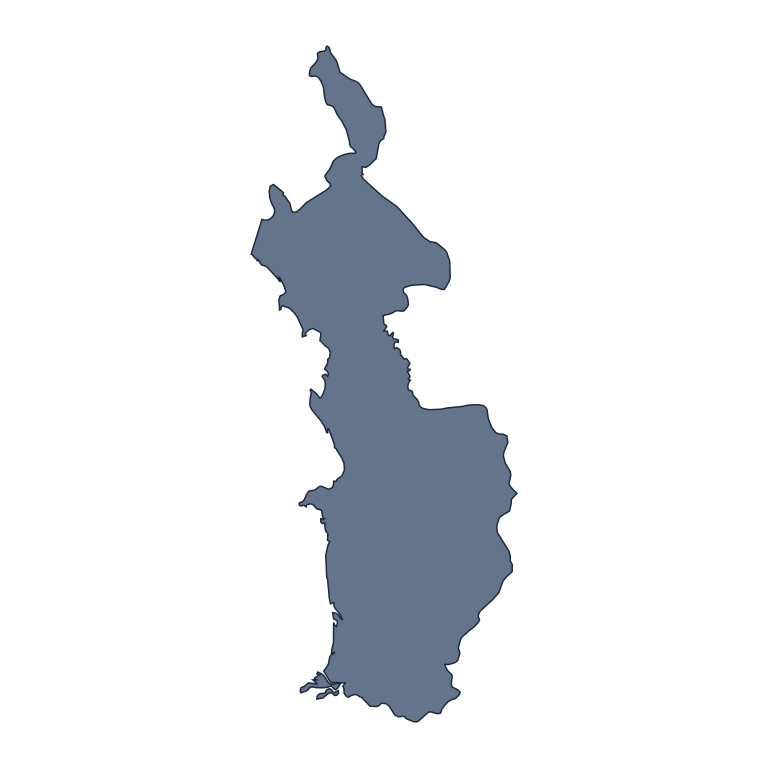 map outline of Chocó (Albers equal-area conic projection)
{"feature_id": "COL-1415", "entity_name": "Chocó", "entity_type": "Department", "adm_level": 1, "iso_a3": "COL", "parent_name": "Colombia", "parent_adm1": "", "projection": "albers", "projection_center": [-77.125, 6.337], "detail": "fine", "context": "isolated", "style": "filled", "palette": "slate", "viewbox_px": 768, "rotation_deg": 0, "n_neighbors": 0, "source": "natural_earth", "source_scale": "10m", "svg_char_len": 6107}
<svg xmlns="http://www.w3.org/2000/svg" viewBox="0 0 768 768"><path d="M310.7,68.0L316.3,62.0L318.0,58.4L317.4,53.3L319.7,51.8L324.3,51.1L325.8,50.0L326.0,47.4L327.0,46.1L329.1,47.4L330.6,52.7L336.6,61.1L340.1,72.4L349.4,78.8L356.6,81.7L358.7,83.2L360.2,85.0L371.8,104.1L374.8,106.4L381.4,107.0L383.2,114.4L384.9,119.5L385.9,131.5L385.0,134.5L384.1,136.0L383.7,138.6L380.9,140.4L379.7,141.8L378.8,144.0L376.2,158.6L369.2,165.2L366.0,167.4L362.1,166.7L362.1,172.6L363.1,174.5L362.3,174.6L361.3,175.6L363.7,179.4L382.1,196.0L396.9,206.6L411.8,222.8L423.3,237.1L430.0,241.8L434.9,242.4L436.9,243.2L444.7,249.7L446.7,252.3L449.7,261.3L450.2,277.5L449.1,281.5L444.3,289.5L441.0,289.2L436.5,287.3L424.7,284.5L412.5,285.1L405.6,287.0L403.5,288.3L402.9,290.3L404.0,293.2L406.3,294.9L407.7,298.8L408.4,304.2L407.7,306.4L406.4,308.1L404.1,310.7L402.8,311.2L396.1,310.7L391.5,313.4L383.2,315.6L383.7,322.4L384.1,324.0L386.2,325.6L386.7,326.9L383.7,330.9L387.3,331.2L388.2,335.0L389.1,335.5L390.6,335.7L390.4,334.9L392.9,332.5L393.5,333.3L392.6,337.1L393.5,338.8L397.8,339.5L398.5,340.2L398.2,342.4L395.5,341.6L394.2,343.9L393.9,346.8L394.7,348.6L396.5,347.6L398.5,348.6L399.9,350.1L400.6,352.1L400.5,354.6L404.4,359.2L406.4,358.5L409.7,362.8L409.8,364.0L407.6,367.4L407.9,368.9L410.3,369.4L409.3,371.0L407.2,371.4L409.7,375.5L409.9,377.1L408.3,379.3L410.3,380.2L409.1,381.6L408.2,384.0L407.8,386.9L408.3,389.2L409.3,390.2L412.2,391.2L413.1,395.2L417.1,399.5L418.6,402.1L419.1,405.0L420.4,406.8L422.4,408.2L426.1,409.2L429.7,409.7L441.1,409.2L447.5,407.9L462.4,406.4L467.0,405.3L472.6,404.8L478.0,404.8L483.0,405.5L485.7,407.4L487.0,409.7L488.3,418.5L491.7,427.5L495.8,432.7L499.3,434.1L503.2,434.2L506.9,436.0L507.8,442.6L503.8,452.4L503.4,455.9L505.2,463.0L510.3,471.7L510.8,475.4L508.9,483.9L511.2,487.6L516.9,493.4L511.4,499.2L511.3,503.0L509.6,511.0L502.1,515.4L499.2,517.8L496.8,526.0L497.2,532.2L509.1,551.5L510.4,556.7L510.2,560.9L512.3,564.6L512.2,571.6L506.4,576.8L502.9,581.1L498.8,592.7L492.9,599.4L480.3,610.9L478.4,614.7L478.2,616.4L479.6,620.1L477.7,623.1L473.3,627.6L469.5,630.3L461.8,637.2L460.6,639.5L458.5,646.9L458.4,648.6L459.5,651.2L459.7,653.8L457.7,660.4L455.8,662.1L453.7,663.1L448.1,664.6L444.8,664.2L444.6,664.6L447.3,670.2L452.0,675.0L452.2,676.2L451.3,683.2L451.9,686.8L457.9,689.9L460.1,692.2L459.6,693.9L459.2,694.9L455.3,698.6L451.8,699.6L448.4,701.4L444.8,705.2L441.5,709.7L440.6,713.1L437.9,713.8L430.8,711.9L429.2,712.0L427.6,712.8L418.3,721.3L416.4,721.9L413.8,721.7L407.4,719.2L405.9,718.4L405.0,716.9L403.1,716.3L398.4,716.8L394.9,715.1L389.0,705.9L385.7,703.5L381.3,703.3L379.3,705.4L376.8,706.5L370.0,706.2L361.5,697.2L359.7,696.8L357.1,694.8L354.3,694.6L351.0,695.6L348.6,697.2L347.6,696.9L346.2,696.1L344.2,693.6L343.9,688.5L342.8,686.2L345.4,682.9L331.0,682.4L329.0,679.9L323.7,671.1L327.8,665.3L328.6,663.1L329.8,656.9L331.2,654.7L334.4,653.2L334.4,652.2L331.5,653.2L331.9,649.1L333.5,642.3L333.6,622.5L334.6,624.9L336.4,626.6L337.5,622.8L337.0,620.6L333.6,618.8L332.6,612.6L335.8,613.1L338.3,614.8L341.4,619.6L342.3,619.6L340.6,615.0L334.5,607.6L333.6,602.7L330.5,603.8L329.3,597.9L327.6,579.4L326.7,577.1L325.8,555.4L327.8,545.8L329.7,541.6L327.6,540.3L327.8,534.0L327.2,532.5L325.8,531.3L325.1,528.5L324.7,522.8L322.6,523.5L321.3,522.8L320.7,521.2L320.8,518.7L321.7,518.7L322.9,519.8L324.7,518.7L323.2,517.8L322.6,516.5L321.6,510.9L320.8,509.9L316.8,508.9L313.0,504.6L311.0,503.9L307.4,504.4L306.5,505.3L306.1,506.9L304.3,505.4L300.1,505.9L299.1,504.3L299.4,503.0L300.7,502.2L302.6,501.9L303.8,500.4L307.2,493.3L308.9,491.1L314.8,490.1L319.2,486.6L321.3,486.2L328.3,489.2L331.6,488.1L332.5,487.2L333.6,484.2L333.6,481.2L336.1,481.3L337.2,479.2L341.9,475.8L344.1,470.9L344.4,469.3L344.0,463.3L341.9,458.2L336.0,448.7L334.5,447.5L334.4,444.4L328.7,428.8L327.7,428.8L327.7,432.7L326.8,432.7L324.5,426.4L320.8,420.7L312.0,410.0L310.5,407.4L309.9,405.3L310.1,399.6L311.2,391.9L310.1,390.1L311.1,389.2L316.4,393.7L319.9,398.1L321.3,397.0L322.8,394.5L324.8,389.2L325.2,386.5L325.2,381.8L324.8,380.2L322.1,376.6L322.5,375.4L325.8,374.2L326.2,375.1L327.7,376.3L328.3,374.1L327.8,372.1L326.5,370.4L324.8,369.4L324.8,368.4L326.9,364.7L327.7,362.4L327.7,359.5L329.6,357.3L330.2,354.1L329.9,350.9L328.8,348.6L323.9,344.7L321.4,341.6L319.9,340.7L320.9,334.3L320.4,332.4L313.1,328.5L309.7,329.4L306.9,331.5L305.2,333.7L306.2,335.7L302.3,336.8L302.3,333.1L303.2,329.8L297.2,316.9L294.4,313.0L290.3,309.0L288.2,307.6L284.5,306.7L283.3,305.6L281.6,306.1L280.9,309.3L279.6,310.0L278.9,300.0L280.2,295.8L284.2,294.1L285.9,291.6L284.1,286.0L279.7,277.5L278.7,277.4L280.7,280.3L280.7,281.4L279.7,281.4L277.2,278.0L266.7,266.7L261.2,264.7L259.2,261.2L257.1,260.5L258.1,259.6L256.3,259.0L254.6,257.7L252.3,254.6L251.1,254.2L262.0,219.4L265.4,220.2L268.6,219.7L271.3,218.0L273.5,215.4L274.7,211.7L274.3,208.6L271.1,202.2L269.8,197.8L269.2,191.7L270.1,186.3L273.5,184.5L282.1,191.4L283.5,193.0L282.8,195.2L284.8,196.1L289.9,203.4L291.6,210.7L293.1,212.3L296.4,212.0L300.0,209.1L306.5,202.5L326.6,190.0L330.7,186.2L329.9,183.5L326.9,180.7L325.0,176.5L325.5,174.7L329.7,169.4L333.4,161.1L336.4,158.1L340.8,155.8L345.6,154.2L349.9,153.3L355.2,153.3L356.0,152.7L354.9,150.5L350.6,146.5L349.6,144.4L349.4,141.0L346.3,129.7L342.2,121.7L337.1,114.3L334.0,107.8L333.0,106.3L327.4,104.7L325.8,102.2L324.6,97.1L323.4,87.2L321.4,82.1L319.0,78.1L317.5,76.8L315.1,76.0L310.8,76.4L309.5,75.6L309.5,72.3L310.7,68.0ZM328.6,682.9L331.6,684.4L337.5,683.3L340.3,683.9L337.7,688.1L335.8,689.8L334.0,689.0L331.5,685.9L327.9,687.2L324.5,687.7L317.0,687.7L312.3,686.9L310.1,687.3L306.8,690.8L300.9,692.8L300.3,691.6L300.4,689.6L301.1,687.7L304.4,686.3L307.5,683.5L309.3,682.9L316.7,683.9L316.1,682.7L312.8,679.9L317.8,679.9L314.4,679.1L314.8,677.7L319.7,674.9L316.8,673.9L317.8,672.0L321.7,673.9L323.9,675.8L328.6,682.9ZM316.8,699.1L317.1,696.8L318.0,695.1L319.7,693.7L325.1,693.2L326.2,690.3L327.6,689.3L329.3,688.8L331.0,689.3L333.4,692.2L334.4,692.5L338.4,690.7L338.6,693.3L336.5,695.4L334.5,695.4L332.2,693.2L330.8,692.8L329.0,693.1L322.6,698.1L316.8,699.1Z" fill="#64748b" stroke="#1e293b" stroke-width="1.5"/></svg>